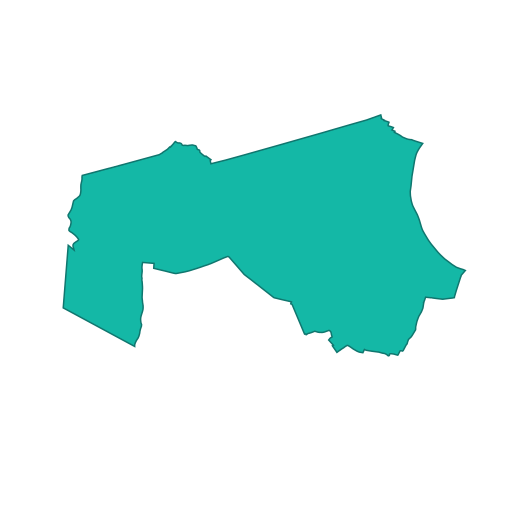 outline of Kapelle, Zeeland, Netherlands, rotated 256°
{"feature_id": "6326949B3037358920764", "entity_name": "Kapelle", "entity_type": "district", "adm_level": 2, "iso_a3": "NLD", "parent_name": "Netherlands", "parent_adm1": "Zeeland", "projection": "albers", "projection_center": [3.961, 51.499], "detail": "fine", "context": "isolated", "style": "filled", "palette": "teal", "viewbox_px": 512, "rotation_deg": 256, "n_neighbors": 0, "source": "geoboundaries", "source_scale": "gbopen_adm2", "svg_char_len": 5928}
<svg xmlns="http://www.w3.org/2000/svg" viewBox="0 0 512 512"><g transform="rotate(256 256 256)"><path d="M191.3,455.6L192.7,453.8L194.3,451.1L196.6,447.7L198.3,446.1L200.3,444.2L202.7,442.3L207.5,438.4L209.5,437.1L212.5,435.2L215.5,433.5L225.1,428.9L227.8,427.8L230.2,426.9L236.1,425.1L240.1,424.0L241.9,423.7L243.9,423.5L251.3,423.2L254.2,422.9L257.1,422.5L259.2,422.0L262.9,421.1L266.5,420.3L268.3,420.1L271.9,420.0L277.0,420.4L279.1,420.8L281.4,421.3L286.6,423.4L295.8,426.7L300.8,428.9L310.3,433.0L313.0,434.4L315.7,435.9L317.4,437.1L319.3,438.8L321.1,440.6L324.9,445.0L328.4,439.3L330.6,435.9L331.0,435.5L331.2,435.2L331.3,434.9L331.4,434.6L331.5,434.3L331.7,433.6L332.1,432.8L332.2,432.4L333.2,430.6L335.8,427.1L336.3,426.6L337.8,425.4L340.0,423.1L342.5,420.2L343.4,421.0L345.4,418.4L347.4,420.4L349.0,418.1L349.6,416.9L350.5,415.7L351.6,416.1L353.6,417.4L354.3,416.5L355.2,415.1L356.4,413.1L356.7,413.4L358.9,410.9L359.2,410.8L359.6,411.2L362.7,411.2L361.2,396.2L360.7,380.8L359.9,359.7L359.5,349.9L358.0,304.7L356.9,269.0L356.6,257.2L356.4,249.6L356.4,234.6L359.6,234.6L360.3,235.6L365.1,231.6L365.0,230.6L365.5,230.1L367.4,228.6L370.1,226.7L370.7,226.7L371.5,226.9L372.0,226.8L372.3,226.7L372.5,226.6L373.5,225.2L373.6,224.9L375.5,224.7L376.5,224.5L376.9,224.4L377.1,224.4L377.5,224.1L377.7,223.8L378.1,223.1L378.2,222.8L378.3,222.6L378.8,221.8L379.0,221.5L379.1,221.1L379.2,220.8L379.3,220.0L379.6,217.6L379.6,216.6L379.7,216.3L379.8,216.0L380.4,214.5L380.6,213.8L380.7,213.4L380.7,212.8L380.7,212.7L380.9,212.3L381.3,211.3L382.0,211.1L382.9,210.8L383.2,210.6L383.5,210.3L384.0,209.5L384.2,209.2L384.4,208.2L384.6,207.7L384.9,207.1L385.3,206.6L386.4,205.6L386.5,205.6L386.5,205.4L386.4,205.2L386.2,204.7L385.8,204.2L384.7,202.8L384.4,202.3L383.5,201.0L383.3,200.7L383.1,200.6L383.2,200.3L382.5,199.6L382.4,199.4L382.3,199.2L382.6,198.9L382.7,198.7L381.2,196.3L380.8,195.5L380.5,194.6L379.1,190.6L378.9,190.2L378.7,190.1L378.4,188.9L377.8,186.9L377.7,186.4L377.7,185.4L376.9,150.3L376.2,106.9L375.8,106.7L374.6,106.2L373.9,106.1L373.2,105.9L371.9,105.5L371.0,105.1L369.1,104.1L367.6,103.4L366.0,102.9L364.0,102.4L362.9,102.2L361.9,101.9L360.9,101.6L359.0,100.8L358.1,100.3L357.6,99.9L357.3,99.7L356.7,98.9L356.0,97.5L355.2,95.9L354.5,93.8L354.0,93.0L353.6,92.3L347.6,89.2L346.7,88.6L345.9,88.0L345.4,87.7L344.7,87.0L343.7,86.0L342.2,84.5L341.5,83.8L341.3,83.6L340.4,83.4L340.1,83.4L338.5,83.7L337.0,84.5L336.5,84.6L336.0,84.8L335.0,84.9L334.4,84.9L333.9,84.8L333.0,84.6L331.9,84.1L330.9,83.6L330.0,83.1L329.1,82.4L328.4,81.6L327.9,81.3L327.5,81.1L327.2,81.0L326.2,80.7L325.6,80.9L325.3,81.1L324.6,81.6L323.8,82.4L323.1,83.1L320.5,85.1L319.6,85.7L317.7,86.8L316.7,87.2L315.8,87.7L315.1,87.8L314.8,87.8L314.1,87.0L313.6,85.7L313.4,85.0L313.0,84.0L312.6,83.0L312.5,82.8L312.1,82.1L311.3,81.3L310.5,81.0L310.2,80.9L309.5,80.8L306.7,80.9L305.8,80.9L311.8,76.4L252.3,56.4L197.6,116.4L199.2,116.8L200.7,117.7L202.1,118.8L203.5,120.1L204.8,121.6L206.3,122.8L207.8,123.7L209.3,124.5L210.9,125.1L212.5,125.9L214.0,126.8L215.5,127.8L217.1,128.4L218.9,128.2L220.7,128.4L222.4,128.7L224.0,129.2L225.6,130.0L228.6,131.8L230.1,132.7L231.7,133.5L233.3,134.0L235.0,134.4L238.4,134.7L240.2,135.0L241.9,135.2L243.6,135.5L251.8,138.0L253.5,138.4L256.8,139.0L258.6,139.3L260.3,139.4L261.9,140.0L263.7,140.1L265.3,140.6L266.9,141.2L268.5,141.8L270.2,142.2L271.9,142.4L273.6,142.9L275.2,143.5L277.2,144.4L273.5,155.3L268.8,153.8L264.6,161.8L263.8,163.4L259.5,171.4L258.5,173.5L258.3,174.3L257.8,183.3L257.8,184.4L257.8,187.5L257.9,189.3L258.1,192.4L258.2,194.6L258.6,199.9L258.9,202.8L259.1,205.6L259.2,207.4L259.4,208.4L259.5,209.9L260.5,216.0L261.9,224.1L262.4,228.4L262.3,228.8L262.0,229.2L261.2,229.8L250.4,235.3L243.1,239.0L240.9,240.1L234.0,245.6L229.7,248.9L227.5,250.7L225.9,251.9L211.6,263.0L211.3,263.3L211.1,263.5L210.6,264.5L207.3,270.8L203.5,278.3L203.1,279.0L202.9,279.2L202.8,279.3L202.5,278.9L202.2,278.7L201.9,278.5L201.2,278.2L201.1,278.5L200.5,279.1L200.1,279.3L199.7,279.4L168.6,284.2L168.4,284.3L168.3,285.4L167.5,285.6L167.5,286.0L168.2,287.4L168.2,289.3L168.3,291.0L168.5,292.7L168.7,294.3L168.8,294.8L167.1,297.7L166.6,298.9L166.2,300.3L165.8,301.8L165.7,302.9L165.7,303.8L165.7,304.2L165.9,306.1L166.1,308.1L166.2,308.8L166.1,309.0L165.6,309.5L165.1,309.8L164.4,310.2L164.2,310.2L163.7,310.3L163.1,310.3L161.6,310.2L161.3,310.2L159.1,310.3L158.7,309.1L158.6,308.7L158.3,308.0L156.9,306.2L150.7,309.5L150.4,308.4L142.9,311.2L144.5,315.1L144.4,315.1L145.0,316.5L145.3,317.4L145.8,319.0L146.1,319.6L146.4,320.2L146.5,320.6L146.8,321.4L147.0,322.4L147.1,322.7L147.2,322.8L147.0,323.3L146.9,323.6L145.0,325.5L142.3,327.8L139.2,331.0L137.8,332.9L136.3,336.3L138.1,337.8L139.1,338.6L138.0,339.9L137.7,340.5L135.5,345.6L133.5,350.7L133.2,351.4L133.2,351.7L132.8,352.3L131.3,354.9L130.4,356.9L130.2,357.3L130.0,357.6L129.5,358.2L128.7,359.0L128.2,359.4L127.7,359.7L127.4,359.9L127.2,360.1L127.1,360.3L127.1,360.7L127.1,361.0L127.3,361.3L127.5,361.5L128.3,361.6L128.5,361.8L128.6,362.3L128.6,363.0L128.5,363.4L127.8,365.3L127.4,366.2L126.8,367.2L125.6,369.3L125.5,369.6L125.6,369.8L128.9,372.7L129.1,373.1L129.1,373.4L128.9,374.0L128.3,375.2L128.3,375.3L128.4,375.5L128.8,376.1L132.5,379.4L132.8,379.7L133.1,379.9L133.5,380.4L133.8,380.9L134.0,381.1L134.8,381.7L135.8,382.2L137.3,383.2L137.8,383.5L138.0,383.7L138.2,383.9L138.5,384.4L140.1,387.2L140.5,387.6L141.5,388.7L145.8,393.0L147.1,393.4L147.9,393.6L148.6,393.8L153.4,396.2L154.2,396.7L156.3,398.1L158.1,399.4L158.3,399.6L161.8,403.0L162.0,403.2L162.4,403.4L163.3,404.1L164.7,405.1L165.4,405.5L169.5,407.2L170.0,407.5L170.2,407.3L170.4,407.5L171.4,408.2L172.5,409.0L174.1,410.0L175.0,410.6L173.2,415.5L173.1,415.9L173.0,416.5L172.7,416.9L172.6,417.1L171.6,419.6L171.2,420.6L168.9,426.7L168.0,434.3L167.7,436.5L167.6,438.4L168.4,438.7L174.2,442.1L185.8,449.3L186.7,450.0L187.5,450.4L187.7,450.5L191.3,455.6Z" fill="#14b8a6" stroke="#0f766e" stroke-width="1.5"/></g></svg>